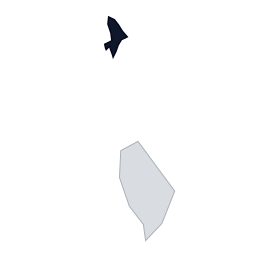 Grenada, with Carriacou and Petite Martinique highlighted, rotated 317°
{"feature_id": "GRD-5069", "entity_name": "Carriacou and Petite Martinique", "entity_type": "Dependency", "adm_level": 1, "iso_a3": "GRD", "parent_name": "Grenada", "parent_adm1": "", "projection": "orthographic", "projection_center": [-61.462, 12.485], "detail": "fine", "context": "in_parent", "style": "filled", "palette": "ink", "viewbox_px": 256, "rotation_deg": 317, "n_neighbors": 0, "source": "natural_earth", "source_scale": "10m", "svg_char_len": 555}
<svg xmlns="http://www.w3.org/2000/svg" viewBox="0 0 256 256"><g transform="rotate(317 128 128)"><path d="M87.7,220.9L64.1,222.4L73.5,209.0L75.6,186.2L88.0,158.4L107.3,139.6L126.2,144.6L119.1,206.0L87.7,220.9Z" fill="#d9dde1" stroke="#a8b0b8" stroke-width="1"/><path d="M189.6,60.8L183.4,58.9L177.4,60.6L171.5,63.7L165.5,66.0L166.7,63.7L169.1,58.0L170.3,55.8L169.2,55.6L165.5,55.8L166.0,54.4L168.1,50.9L175.7,53.2L180.3,46.9L184.2,38.3L189.6,33.6L191.9,39.5L191.3,46.1L189.9,53.3L189.6,60.8Z" fill="#0f172a" stroke="#020617" stroke-width="1.5"/></g></svg>